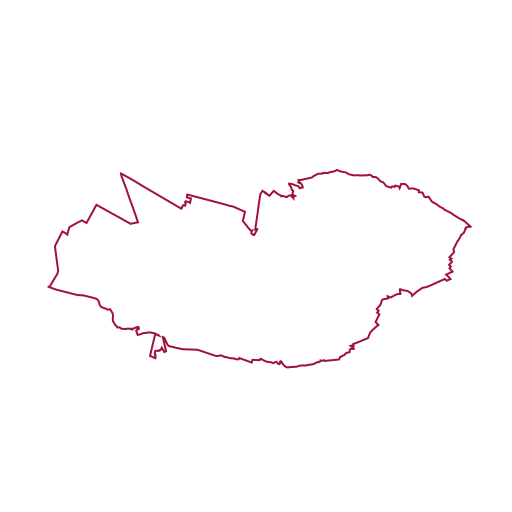 outline of Acatlán de Juárez, Jalisco, Mexico, rotated 121°
{"feature_id": "50627088B47037600563215", "entity_name": "Acatlán de Juárez", "entity_type": "district", "adm_level": 2, "iso_a3": "MEX", "parent_name": "Mexico", "parent_adm1": "Jalisco", "projection": "natural_earth1", "projection_center": [-103.612, 20.424], "detail": "fine", "context": "isolated", "style": "outline", "palette": "rose", "viewbox_px": 512, "rotation_deg": 121, "n_neighbors": 0, "source": "geoboundaries", "source_scale": "gbopen_adm2", "svg_char_len": 6066}
<svg xmlns="http://www.w3.org/2000/svg" viewBox="0 0 512 512"><g transform="rotate(121 256 256)"><path d="M286.1,125.9L285.3,124.4L285.0,124.4L284.9,125.5L284.6,126.1L284.3,128.6L283.3,127.6L283.0,127.1L282.8,126.4L282.7,126.2L282.0,127.2L281.0,127.3L280.0,126.1L268.6,117.7L263.4,118.7L259.6,118.1L253.9,116.3L252.1,115.5L251.0,119.5L242.4,120.2L242.1,123.0L239.8,122.7L239.3,125.2L235.5,124.5L233.5,124.3L232.2,124.5L230.2,125.0L228.5,125.2L227.1,124.2L225.3,122.0L224.2,121.0L222.7,122.4L222.4,120.2L222.2,119.2L217.9,116.7L215.9,115.2L215.5,114.8L214.4,112.9L213.9,112.6L212.6,114.0L210.5,115.5L209.9,114.7L210.1,114.4L210.0,113.7L209.8,112.9L208.2,108.9L207.9,107.4L207.9,106.2L208.2,103.6L208.6,102.8L209.8,101.7L208.3,101.3L205.6,100.3L204.3,100.0L197.8,97.1L194.8,93.9L193.2,92.6L178.4,82.3L179.0,79.9L175.6,77.4L174.9,79.5L174.0,83.4L168.2,79.5L166.9,83.8L165.5,83.8L164.7,83.5L164.1,86.0L160.1,85.0L159.5,86.2L159.4,87.8L157.7,87.0L157.5,89.6L151.0,88.2L149.4,89.2L148.8,90.1L148.1,90.3L139.2,90.9L138.3,90.7L135.2,90.7L132.4,91.0L131.8,90.8L131.6,90.5L130.3,90.4L129.4,89.8L124.6,90.3L123.9,90.4L124.0,90.7L123.3,90.6L121.3,88.6L120.7,87.5L120.3,87.2L118.6,96.3L118.8,96.3L118.9,97.8L119.1,101.6L119.0,107.8L118.7,110.4L119.2,118.7L118.8,119.7L119.1,123.6L119.0,125.2L118.7,126.1L118.7,131.5L118.9,131.6L118.8,133.2L116.3,138.6L118.2,140.8L118.4,142.4L115.9,145.9L117.5,149.3L115.8,150.2L116.9,155.5L117.3,156.3L119.6,159.7L118.0,162.3L117.5,165.2L119.4,168.7L123.8,167.9L122.9,169.1L123.4,171.3L123.9,172.8L125.3,172.8L126.0,174.7L126.7,175.4L127.7,175.3L128.3,177.1L128.8,179.2L128.9,180.6L128.7,181.3L127.8,183.4L127.3,185.0L127.9,187.8L127.7,188.3L127.7,188.5L127.2,189.9L126.7,192.0L126.7,194.0L128.1,196.6L127.5,199.0L127.7,200.0L128.2,201.0L129.1,201.8L130.6,203.7L130.8,204.3L133.1,207.8L134.1,209.9L136.5,213.7L138.2,218.7L138.0,220.8L138.1,221.7L138.3,222.6L140.1,227.5L140.4,230.5L140.8,231.1L142.2,231.9L143.7,233.2L145.6,235.2L146.2,236.0L147.6,236.9L148.0,237.0L148.4,238.2L150.2,241.2L150.5,241.5L151.2,241.5L153.3,244.8L154.3,245.8L155.5,246.2L157.9,247.9L159.3,248.2L160.7,249.2L161.5,250.3L163.8,252.5L165.3,254.3L166.6,255.4L167.6,256.7L168.5,257.5L168.4,257.7L169.0,258.7L169.6,258.0L170.0,257.4L171.1,257.7L171.0,255.8L170.5,255.5L170.5,255.1L171.3,253.5L171.9,252.5L172.9,251.4L173.2,251.2L174.2,252.6L175.4,253.3L174.4,255.8L175.2,258.9L175.5,261.1L176.1,263.2L176.9,264.9L177.2,264.8L177.7,264.2L178.8,261.5L180.1,260.1L180.8,259.4L181.1,257.5L183.9,256.7L184.9,256.7L184.4,253.4L185.5,254.0L185.0,254.9L185.7,254.7L186.0,254.8L187.1,253.9L186.8,254.9L186.8,255.6L186.5,256.0L186.4,257.2L186.5,258.1L187.7,259.2L188.4,259.5L188.9,259.5L189.6,260.0L190.0,260.7L190.3,262.5L190.4,263.0L191.1,264.1L190.3,263.9L191.4,264.8L191.6,269.4L191.0,274.3L197.4,275.5L197.3,280.3L196.8,280.2L196.8,284.0L200.8,284.1L201.6,283.8L211.9,279.6L213.9,278.6L233.7,270.3L232.5,269.1L232.4,268.7L237.6,268.4L237.9,268.7L238.7,268.4L238.8,268.7L239.4,269.3L239.3,270.5L238.9,271.6L238.2,272.1L236.1,272.4L237.0,273.2L235.6,278.1L235.2,278.5L232.8,285.3L223.8,288.2L225.4,301.1L226.7,304.8L227.5,308.1L230.6,318.9L238.7,346.6L241.4,345.4L240.2,341.4L244.4,339.9L244.3,340.8L245.3,344.5L246.6,344.5L247.1,343.4L249.0,342.7L249.4,342.7L249.9,344.5L253.1,344.6L253.1,344.4L253.9,344.4L254.4,389.5L254.3,398.7L254.5,403.5L254.4,403.9L254.8,414.3L255.0,414.3L257.6,411.5L265.4,401.6L269.8,396.5L279.1,385.0L287.9,374.5L292.7,379.9L293.0,380.0L294.3,419.1L315.0,418.3L315.1,423.5L318.0,425.4L326.6,430.4L327.6,430.8L334.9,428.8L334.9,429.2L334.5,429.9L334.7,434.6L351.2,433.4L365.4,422.1L369.4,418.8L370.3,418.1L371.8,417.6L373.6,417.1L388.8,417.1L389.5,418.8L387.6,409.5L381.4,388.9L378.8,384.0L375.5,373.4L374.9,370.5L375.1,369.1L375.6,368.0L376.3,366.8L377.8,365.6L378.8,364.2L379.2,363.0L379.4,361.7L379.1,360.8L378.8,358.5L378.4,358.0L378.5,355.7L377.2,354.2L376.8,353.7L377.0,353.0L377.4,352.5L378.2,350.8L379.1,349.2L380.9,347.8L383.1,346.7L385.4,345.2L387.8,340.6L388.2,338.9L388.1,338.7L388.7,338.0L387.7,336.6L387.4,335.9L387.6,334.6L387.5,333.5L386.6,331.9L385.6,329.6L384.8,329.3L383.0,326.2L383.3,326.2L382.8,324.2L382.3,323.9L381.2,323.8L380.4,323.0L379.5,322.5L379.1,321.2L377.9,321.2L377.5,320.8L377.4,320.5L377.5,319.9L378.7,318.9L379.2,319.0L381.0,320.1L381.9,320.2L382.8,318.7L383.3,318.5L384.6,316.7L381.6,313.9L380.3,313.0L379.7,312.3L378.4,310.4L376.5,308.3L375.1,304.9L374.6,303.4L374.4,302.0L374.4,301.3L374.0,298.9L374.2,298.4L374.8,302.2L396.2,295.4L395.5,289.7L393.7,290.3L393.3,290.7L393.4,291.1L393.1,291.6L392.5,291.5L391.9,291.9L391.2,292.9L389.5,293.5L388.8,293.0L388.3,292.3L388.0,291.2L386.7,290.4L386.9,290.3L386.8,289.9L386.2,289.8L385.8,289.5L384.7,289.4L383.1,289.5L385.5,285.1L384.0,284.0L377.5,290.2L377.4,290.6L376.7,291.0L373.5,294.1L373.3,292.7L373.5,292.3L377.5,286.3L378.0,284.9L378.0,284.1L376.1,278.1L376.1,277.9L375.5,276.0L375.4,275.8L373.6,270.7L366.8,258.4L366.4,257.3L365.8,254.8L362.5,239.5L362.0,238.2L361.9,238.2L361.1,237.0L359.2,234.9L359.1,234.1L358.6,230.4L358.4,230.4L358.1,230.1L357.1,226.0L355.0,221.7L355.1,221.4L354.8,219.9L353.5,217.6L352.1,217.8L349.5,204.8L346.8,205.5L343.4,199.2L342.4,199.4L341.8,199.1L341.6,198.6L341.4,194.2L341.1,192.5L340.7,191.4L339.4,188.6L339.1,186.2L337.9,185.4L336.2,183.9L336.4,182.9L336.9,182.0L337.1,181.2L336.9,180.6L336.3,180.2L335.5,180.0L335.4,180.1L335.3,180.5L334.5,180.9L334.0,180.9L333.5,180.7L333.4,180.4L333.7,179.8L333.9,178.8L335.0,177.0L335.6,174.4L335.6,172.5L335.4,171.9L334.3,170.2L334.0,170.0L333.3,169.0L333.0,168.5L333.0,168.0L332.9,168.4L329.8,164.0L328.0,162.5L325.4,159.2L325.0,158.1L324.4,157.3L324.3,157.0L322.4,155.1L319.8,151.8L318.6,150.7L317.0,149.8L314.8,148.2L314.8,147.6L312.9,146.5L312.3,146.8L312.2,146.0L310.4,144.2L310.3,143.7L310.7,143.3L302.0,131.6L300.8,131.6L299.1,131.9L297.5,130.6L296.9,130.4L296.3,130.0L296.1,129.7L295.2,129.2L294.0,129.1L292.9,128.8L292.6,128.4L291.9,128.1L290.7,126.5L290.3,126.3L290.0,126.3L289.0,126.9L287.6,127.4L286.7,126.7L286.1,125.9Z" fill="none" stroke="#9f1239" stroke-width="2"/></g></svg>